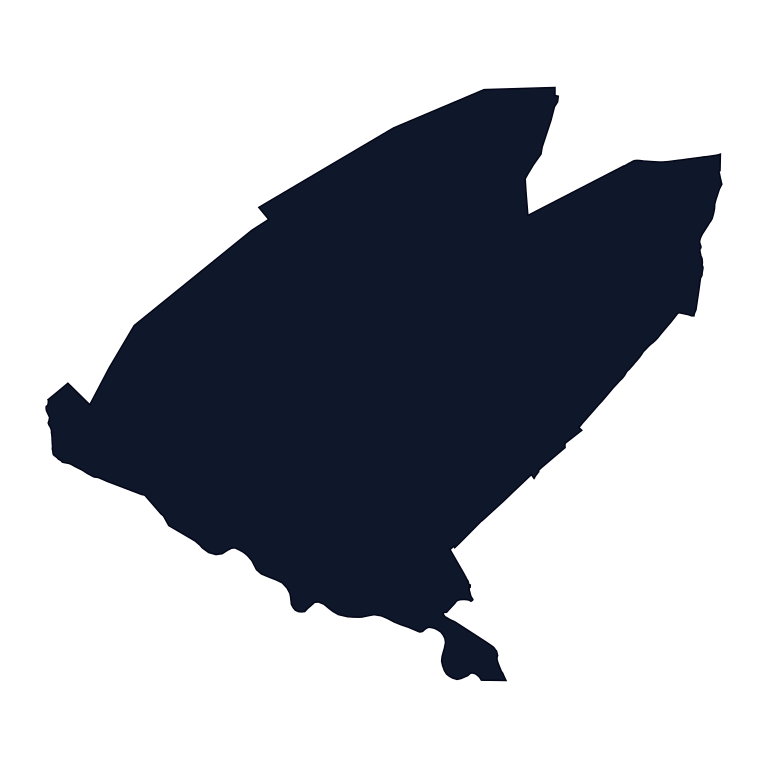 the district of Zanesti, Neamt, Romania
{"feature_id": "2599482B84158919425532", "entity_name": "Zanesti", "entity_type": "district", "adm_level": 2, "iso_a3": "ROU", "parent_name": "Romania", "parent_adm1": "Neamt", "projection": "natural_earth1", "projection_center": [26.587, 46.826], "detail": "fine", "context": "isolated", "style": "filled", "palette": "ink", "viewbox_px": 768, "rotation_deg": 0, "n_neighbors": 0, "source": "geoboundaries", "source_scale": "gbopen_adm2", "svg_char_len": 5574}
<svg xmlns="http://www.w3.org/2000/svg" viewBox="0 0 768 768"><path d="M481.4,680.2L493.7,680.3L506.0,680.5L504.2,676.7L502.7,673.2L501.2,671.1L500.6,669.5L499.5,666.8L498.7,664.8L497.9,662.6L497.0,659.3L497.1,657.0L497.7,655.4L497.5,655.0L497.3,654.6L497.2,654.2L497.2,653.9L496.8,652.0L496.7,651.4L496.4,650.9L495.8,650.3L495.4,649.9L494.4,648.2L493.1,646.9L486.2,642.1L455.3,622.1L453.8,621.3L452.5,620.8L449.6,619.4L447.3,618.0L445.0,616.7L443.3,614.3L443.2,612.7L443.9,612.6L446.7,612.2L447.2,611.6L448.7,609.9L450.3,608.2L454.5,603.7L455.9,601.9L456.4,601.2L457.7,600.4L459.6,599.8L461.0,599.6L464.3,599.5L465.9,599.6L468.2,599.9L469.1,600.2L469.8,600.5L470.4,600.9L471.0,601.3L471.8,600.7L472.3,600.5L472.6,600.2L472.9,599.4L472.3,598.6L470.8,596.0L469.3,590.2L469.2,588.0L469.3,586.7L470.2,587.1L470.3,585.0L468.8,584.4L468.6,583.1L468.0,581.0L467.4,580.1L466.3,578.4L465.7,576.8L465.1,576.2L464.8,575.2L464.5,574.7L463.6,573.1L450.0,549.5L453.9,546.2L454.7,547.7L459.0,543.6L480.8,521.6L482.4,520.4L504.7,500.0L513.2,491.8L530.4,475.5L531.3,474.5L534.1,478.5L534.4,478.2L534.5,477.6L535.9,475.3L537.5,473.4L537.8,472.7L538.4,472.0L538.7,471.8L538.7,471.1L538.6,470.4L540.2,468.8L541.4,467.7L562.8,449.5L565.1,447.6L565.0,446.2L565.0,444.6L565.1,443.7L565.2,443.3L575.5,435.2L581.8,430.3L579.8,428.4L579.2,427.4L579.0,427.1L579.7,426.4L580.1,426.1L582.7,422.8L584.9,420.4L588.6,416.1L594.2,409.8L595.2,408.6L598.7,404.6L602.1,401.0L603.1,399.8L605.8,396.6L611.7,389.6L613.4,387.6L617.5,383.2L619.3,381.2L620.8,379.7L621.9,378.7L622.7,377.8L624.1,376.0L624.4,375.7L625.5,373.7L627.0,371.3L628.0,370.3L628.9,369.6L633.5,364.4L634.9,362.6L636.6,360.8L638.1,358.9L639.6,357.2L640.7,355.6L641.8,354.1L642.3,353.2L643.4,351.6L645.5,349.5L648.7,346.1L650.3,344.7L651.3,343.8L652.8,342.7L655.0,340.7L656.4,339.3L657.8,337.8L659.1,336.1L661.1,333.6L664.8,329.2L671.1,321.8L677.6,313.5L678.6,312.9L679.5,312.8L688.5,314.7L691.4,315.8L693.9,315.9L694.4,313.5L696.0,309.7L697.0,302.8L698.6,292.0L699.0,289.2L700.5,278.1L700.9,277.4L701.1,277.1L701.5,276.3L701.7,275.9L701.9,275.4L702.1,274.8L702.1,274.3L702.1,273.7L702.1,273.4L702.3,272.2L702.5,270.8L702.8,269.3L703.0,267.7L702.8,266.7L702.5,265.9L702.3,265.5L702.2,265.2L702.2,264.7L702.2,264.2L702.3,263.7L702.4,263.1L702.4,262.7L702.4,262.0L702.3,260.8L702.2,260.2L702.2,259.8L702.1,258.9L701.8,257.8L700.8,255.7L700.7,255.0L700.7,254.6L700.4,253.4L700.2,252.5L699.9,250.9L699.9,249.8L700.0,249.1L700.5,248.5L700.9,247.7L701.0,247.3L701.0,247.0L700.9,246.2L700.5,245.2L700.2,244.3L700.1,243.8L700.0,243.6L699.6,242.3L699.7,241.1L699.9,239.9L700.5,237.9L700.9,236.9L702.5,233.7L704.1,231.3L705.7,228.8L707.7,225.7L709.2,223.2L710.9,220.8L712.3,218.3L712.5,217.4L713.0,215.5L713.1,215.2L713.2,214.8L713.5,213.7L713.7,212.8L714.2,210.4L714.6,208.0L714.6,206.8L714.7,204.6L714.8,203.8L715.0,203.2L715.1,202.6L715.2,202.3L715.6,200.8L716.0,199.5L716.1,198.9L716.7,197.3L718.4,192.0L719.4,189.0L720.2,187.5L721.9,184.1L721.6,183.5L721.0,180.7L720.5,178.6L720.2,177.3L719.7,174.7L719.3,172.9L718.9,171.4L719.2,170.8L720.0,170.7L720.1,167.4L720.2,163.0L720.4,154.1L718.4,154.8L716.4,155.2L715.1,155.4L712.5,155.8L706.1,156.7L704.2,156.8L700.5,157.4L686.6,159.2L683.8,159.6L681.0,160.0L678.0,160.3L670.6,161.3L668.9,161.5L668.0,161.6L666.9,161.7L665.3,161.8L663.0,162.0L660.9,162.0L658.8,162.0L657.0,161.9L655.3,161.8L652.1,161.6L649.1,161.4L646.3,161.2L644.1,161.1L640.4,160.6L639.2,160.5L638.2,160.4L637.2,160.4L636.3,160.4L634.8,160.6L633.7,160.9L633.0,161.2L632.5,161.4L630.7,162.5L629.0,163.3L625.1,165.6L624.3,166.0L623.5,166.4L623.5,166.1L549.8,204.1L527.9,215.4L526.0,191.6L525.2,178.8L527.9,173.9L533.6,164.5L541.0,154.1L542.2,147.0L550.9,120.6L554.5,106.7L557.6,101.9L558.3,96.2L555.0,95.5L555.0,91.5L555.0,87.5L547.5,87.7L484.1,89.6L393.8,127.8L388.3,131.0L258.8,207.4L268.7,219.4L251.9,230.2L134.2,325.5L109.3,367.6L89.8,404.7L85.0,400.0L67.9,383.2L58.0,391.5L48.0,399.7L48.3,400.0L48.3,402.7L47.9,404.6L47.5,405.5L46.2,406.4L46.1,408.2L46.4,410.5L48.0,414.0L49.6,417.4L48.9,421.0L48.2,422.9L48.6,424.0L48.9,424.9L49.8,426.3L50.5,427.6L51.2,429.5L51.5,430.8L51.4,432.5L51.7,434.0L51.8,435.2L52.0,436.9L52.1,440.0L52.2,441.8L52.3,443.6L52.5,446.2L52.3,448.9L52.7,450.8L53.1,453.7L53.4,454.7L54.5,455.7L56.7,457.3L58.6,459.3L60.9,460.5L62.3,462.1L64.3,462.6L69.2,463.5L71.5,464.5L74.4,466.2L82.4,470.2L87.1,473.3L92.5,476.2L94.2,477.0L98.3,477.5L107.7,481.6L141.6,494.5L144.7,495.1L161.0,513.9L163.5,516.0L168.8,525.6L180.1,532.2L195.1,541.0L200.0,545.2L202.3,547.9L208.6,552.5L215.9,554.6L222.2,553.7L227.6,550.2L231.5,548.2L235.0,547.9L239.2,549.9L243.2,552.1L245.4,553.8L247.5,555.6L251.9,560.7L256.5,569.7L261.3,573.9L268.7,577.0L276.4,580.0L282.2,582.8L287.0,588.0L289.9,593.4L290.6,597.0L291.4,604.4L293.3,607.8L295.3,610.2L298.4,611.6L301.1,611.9L304.7,611.6L307.7,608.4L312.0,604.7L314.6,602.3L318.5,602.0L323.9,604.2L329.2,608.6L333.2,611.6L338.5,614.6L347.5,616.7L353.4,617.1L357.9,617.2L361.7,617.1L367.5,615.9L372.1,615.0L374.4,614.7L381.3,615.8L387.4,618.4L394.4,622.1L401.1,624.8L408.5,627.3L418.6,631.6L419.9,632.0L421.6,631.7L422.6,631.4L424.7,629.5L426.3,628.3L427.7,627.6L429.0,627.3L431.0,627.5L434.1,628.2L435.9,629.0L437.6,629.9L440.8,632.0L443.2,635.1L444.3,637.3L444.8,638.2L445.2,640.4L445.5,642.7L444.4,648.2L443.1,652.7L442.1,656.6L441.6,661.1L442.6,665.6L444.4,670.6L446.6,674.1L449.7,676.5L452.7,678.1L457.0,679.4L460.8,678.6L467.8,675.6L470.4,673.2L472.7,673.0L475.4,673.8L477.3,675.2L478.7,676.4L479.9,677.7L480.2,678.3L481.4,680.2Z" fill="#0f172a" stroke="#020617" stroke-width="1.5"/></svg>